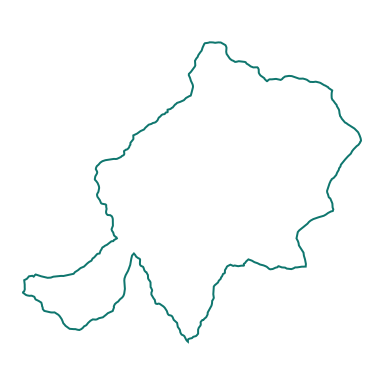 outline of Gakiling, Ha, Bhutan
{"feature_id": "84629894B40252407393905", "entity_name": "Gakiling", "entity_type": "district", "adm_level": 2, "iso_a3": "BTN", "parent_name": "Bhutan", "parent_adm1": "Ha", "projection": "natural_earth1", "projection_center": [89.208, 27.137], "detail": "fine", "context": "isolated", "style": "outline", "palette": "teal", "viewbox_px": 384, "rotation_deg": 0, "n_neighbors": 0, "source": "geoboundaries", "source_scale": "gbopen_adm2", "svg_char_len": 5933}
<svg xmlns="http://www.w3.org/2000/svg" viewBox="0 0 384 384"><path d="M69.6,328.8L73.4,329.1L75.3,329.1L77.4,329.7L79.3,330.0L81.3,329.1L83.0,327.7L84.0,326.4L86.3,325.2L88.2,322.8L90.5,320.7L92.8,319.4L95.6,319.6L96.8,319.4L99.0,318.2L102.9,317.3L106.5,314.4L107.8,313.2L112.7,311.0L114.0,307.4L113.8,306.4L114.8,304.2L116.5,302.6L118.1,301.6L119.9,299.4L122.3,297.4L123.5,295.7L124.2,293.6L124.9,288.9L124.3,280.5L124.5,278.5L125.6,275.3L128.1,270.7L130.2,265.0L131.3,258.7L132.1,255.5L133.9,253.5L135.2,255.0L136.2,256.7L138.3,258.2L139.5,258.7L139.9,259.2L140.1,259.8L139.9,263.2L140.0,264.6L140.7,265.7L143.0,266.8L143.4,267.4L144.5,270.6L145.8,272.1L146.4,272.2L146.9,273.3L147.9,275.0L148.1,278.4L148.7,279.6L149.9,281.1L150.5,282.3L150.6,287.1L151.3,288.2L152.1,290.1L152.1,290.8L151.4,292.6L151.4,294.6L153.8,298.7L154.7,299.7L155.5,303.3L156.0,303.7L157.2,304.0L158.4,303.6L159.6,303.8L163.4,306.4L164.7,307.7L166.2,310.0L166.9,311.1L167.7,313.7L168.5,314.8L169.0,315.1L170.9,315.5L172.0,316.2L172.7,317.3L173.7,319.8L177.1,322.9L177.8,326.9L179.7,329.6L180.1,330.9L180.3,332.3L180.9,333.5L181.6,334.6L183.4,335.4L184.4,336.2L186.2,339.8L187.4,341.3L187.9,341.7L187.9,340.4L188.1,339.6L188.4,339.1L189.6,338.6L191.6,338.2L192.2,337.9L193.3,336.8L195.9,336.1L196.7,335.4L198.1,333.7L198.1,329.7L198.8,327.7L200.5,325.5L200.8,324.2L200.6,322.3L200.8,321.8L202.4,320.0L203.3,320.0L204.4,318.7L206.2,317.2L207.6,314.5L207.7,312.7L207.9,312.2L211.5,305.6L212.0,303.6L212.2,300.8L213.2,299.3L213.8,297.9L213.3,294.2L213.8,286.5L214.7,285.3L218.0,282.5L218.8,280.7L220.7,278.8L221.1,277.4L222.0,276.4L223.1,273.9L224.5,273.3L224.9,272.7L224.9,270.9L225.1,269.9L226.2,268.2L226.9,266.7L227.6,266.1L230.4,264.7L233.2,265.9L234.7,265.5L238.2,266.2L241.2,265.7L243.7,265.7L244.0,265.3L243.8,264.3L243.9,263.8L245.2,262.9L246.1,261.5L248.4,259.4L251.8,260.6L254.5,262.2L257.5,263.2L260.0,264.5L263.6,265.4L266.0,266.4L266.9,266.9L269.2,268.9L270.2,269.3L272.7,269.0L275.5,267.7L277.5,267.2L278.1,266.4L278.6,266.2L281.9,267.4L285.0,267.6L286.8,268.6L291.4,269.1L293.4,268.4L295.2,267.4L297.1,267.4L301.7,266.7L305.7,266.6L305.9,264.0L305.0,259.3L303.9,255.7L303.5,252.6L298.9,245.4L298.6,243.2L298.0,241.3L296.5,238.4L297.8,232.1L299.2,230.4L307.5,223.7L308.9,222.0L310.6,220.6L313.3,219.1L318.8,217.2L323.7,215.8L325.7,214.7L328.2,212.9L330.9,211.5L332.8,211.0L333.3,209.3L332.6,207.5L332.4,203.7L332.1,202.8L330.3,198.5L328.8,197.3L327.9,194.1L327.3,192.8L327.1,191.8L327.1,190.8L329.5,183.5L330.8,180.6L331.4,180.0L331.7,179.2L333.8,177.8L336.2,175.0L337.2,172.5L338.7,170.0L339.1,168.3L340.4,166.6L340.9,164.7L345.2,159.4L348.0,156.3L350.8,153.7L352.1,151.2L353.5,149.4L356.7,146.1L358.4,144.9L360.2,142.4L360.2,141.8L361.0,140.8L360.9,139.7L360.6,138.2L359.6,135.4L358.6,133.2L358.0,132.1L354.4,128.5L347.8,124.3L346.4,123.2L345.0,122.5L341.7,118.6L341.1,117.3L340.2,116.2L339.5,113.3L339.2,110.7L338.8,109.4L336.9,106.2L336.6,104.9L335.3,103.4L333.2,100.5L332.4,99.8L331.7,98.0L331.6,95.1L331.7,92.8L332.2,90.4L328.6,88.0L327.9,87.0L326.5,86.4L325.6,85.7L324.2,85.2L320.4,82.9L319.2,82.5L315.8,81.7L313.3,82.0L310.2,81.9L309.0,81.3L307.1,79.9L305.6,79.3L303.0,78.6L299.3,78.7L291.8,76.1L289.0,75.9L285.1,76.5L283.1,77.9L282.1,79.1L280.7,79.9L276.0,78.9L272.2,79.3L269.7,79.3L268.5,79.9L267.3,81.1L266.8,81.1L264.7,79.1L264.3,78.2L260.5,75.5L259.6,74.3L258.8,72.8L258.7,69.4L258.0,67.9L257.3,67.3L253.3,67.4L250.7,66.4L248.6,64.8L246.6,63.6L245.6,62.2L244.6,61.9L238.8,61.2L236.3,61.8L235.1,61.9L233.3,60.8L231.6,60.1L229.8,58.6L226.6,53.9L226.2,51.8L226.5,47.8L226.1,46.4L225.4,45.1L220.8,42.5L218.3,42.4L215.1,42.8L212.9,42.4L209.5,42.3L208.9,42.6L207.5,42.9L205.0,43.2L204.3,43.9L202.6,47.6L201.6,50.7L200.5,52.0L198.4,55.0L197.5,57.2L196.4,58.4L195.0,60.8L195.3,65.4L194.8,66.6L190.9,71.9L188.9,73.9L188.8,75.2L190.0,77.8L190.9,80.8L192.6,84.4L193.0,86.1L192.9,87.5L191.0,94.8L190.7,95.6L189.2,96.2L186.0,98.0L183.9,100.2L180.1,101.9L177.1,102.9L175.5,104.4L175.1,104.5L172.6,107.6L171.7,107.9L170.9,108.7L170.4,109.0L167.6,109.7L167.5,110.2L167.7,111.8L167.5,112.2L165.7,112.6L164.9,113.8L164.5,114.1L162.7,114.4L161.6,115.0L160.2,116.6L158.8,117.6L157.4,120.5L155.7,122.1L154.7,122.6L152.9,123.0L151.4,123.9L148.7,124.7L145.3,127.8L144.0,129.5L140.5,131.1L137.1,133.6L133.3,135.4L133.4,138.9L133.1,139.5L130.6,142.6L130.4,143.0L130.4,144.7L129.7,145.6L129.1,147.3L128.7,147.9L127.4,149.3L125.9,149.7L125.6,150.1L124.5,150.6L124.0,151.2L124.3,153.6L124.2,154.3L123.6,155.2L121.8,156.1L120.9,157.0L117.1,158.8L115.9,159.0L113.9,158.9L105.4,160.2L102.4,161.2L100.3,162.6L98.5,164.7L96.9,166.1L96.4,167.0L96.0,168.0L95.8,169.1L97.1,171.6L97.2,172.7L96.8,173.8L95.3,176.4L94.8,179.2L95.0,179.8L96.3,181.2L97.6,183.0L98.7,185.6L99.1,187.2L99.1,188.3L98.4,191.8L97.3,193.7L97.0,194.8L97.4,196.7L99.8,200.1L101.0,203.0L101.5,203.5L102.5,203.8L105.6,204.4L106.2,205.1L106.2,206.9L106.6,208.9L106.1,211.2L106.1,212.9L106.8,214.3L107.7,215.0L110.3,215.2L111.8,216.3L112.4,217.5L112.8,219.0L112.9,225.8L111.6,229.1L111.6,229.6L112.1,230.9L113.2,232.5L113.9,235.0L114.2,235.6L115.8,237.0L116.5,237.4L116.9,238.4L113.9,240.1L113.3,241.1L111.4,241.3L107.1,244.7L104.7,245.9L103.8,246.7L102.5,247.4L102.1,248.0L101.3,249.7L100.6,250.6L99.6,253.5L97.7,253.8L97.0,254.2L94.2,257.4L92.6,258.5L91.4,260.7L89.2,261.9L87.3,263.4L84.0,266.6L80.7,268.0L79.5,268.9L78.3,270.0L75.0,272.1L73.6,273.8L63.4,276.0L61.1,275.9L53.3,276.7L50.8,277.6L47.6,277.8L41.2,276.3L35.7,274.5L35.0,275.0L33.7,276.6L32.3,275.8L29.0,276.3L26.9,278.8L24.2,280.2L24.7,284.5L24.7,287.3L24.8,289.3L24.2,291.2L23.2,292.0L23.0,292.7L25.9,294.9L27.2,295.4L29.4,295.8L31.7,295.7L34.1,296.7L34.5,297.1L35.3,299.0L35.7,299.5L38.6,300.9L41.3,302.6L42.0,305.1L42.1,306.3L42.6,307.3L42.8,309.1L44.3,310.9L50.3,312.3L52.0,312.5L54.6,312.4L58.4,314.8L59.7,316.2L61.6,319.0L62.4,320.8L63.4,323.4L64.3,324.3L65.5,325.8L69.6,328.8Z" fill="none" stroke="#0f766e" stroke-width="2"/></svg>